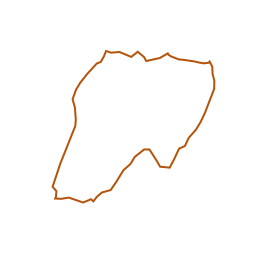 Tanum, Västra Götaland, Sweden, rotated 25°
{"feature_id": "70781695B34611163933513", "entity_name": "Tanum", "entity_type": "district", "adm_level": 2, "iso_a3": "SWE", "parent_name": "Sweden", "parent_adm1": "Västra Götaland", "projection": "orthographic", "projection_center": [11.469, 58.691], "detail": "fine", "context": "isolated", "style": "outline", "palette": "amber", "viewbox_px": 256, "rotation_deg": 25, "n_neighbors": 0, "source": "geoboundaries", "source_scale": "gbopen_adm2", "svg_char_len": 883}
<svg xmlns="http://www.w3.org/2000/svg" viewBox="0 0 256 256"><g transform="rotate(25 128 128)"><path d="M75.6,67.5L75.9,73.0L75.4,79.7L72.5,82.6L68.1,96.5L65.6,107.0L64.7,115.2L65.6,125.3L71.3,132.0L77.0,142.2L79.4,148.4L81.7,188.9L84.5,213.1L89.8,215.5L91.8,220.9L91.8,222.7L97.4,220.4L103.8,216.1L118.8,214.5L124.6,208.2L127.6,209.1L128.9,203.4L131.6,197.5L138.5,191.6L140.1,182.0L141.7,168.2L145.4,159.7L146.4,151.2L151.7,140.6L156.5,138.4L162.4,142.1L168.2,145.8L173.5,149.5L182.5,146.3L183.0,136.8L183.0,125.1L187.2,120.3L187.2,111.3L190.3,100.7L191.3,91.7L191.3,81.1L190.7,72.9L189.6,56.3L186.4,48.9L181.7,43.1L178.5,36.8L173.9,33.3L173.5,34.8L169.7,37.2L164.9,38.6L160.1,39.6L149.1,42.9L144.8,44.4L136.7,44.9L133.3,44.4L132.5,43.6L127.3,51.1L116.2,59.6L112.5,56.9L104.6,54.8L100.9,62.2L88.2,62.7L80.8,66.9L75.6,67.5Z" fill="none" stroke="#b45309" stroke-width="2"/></g></svg>